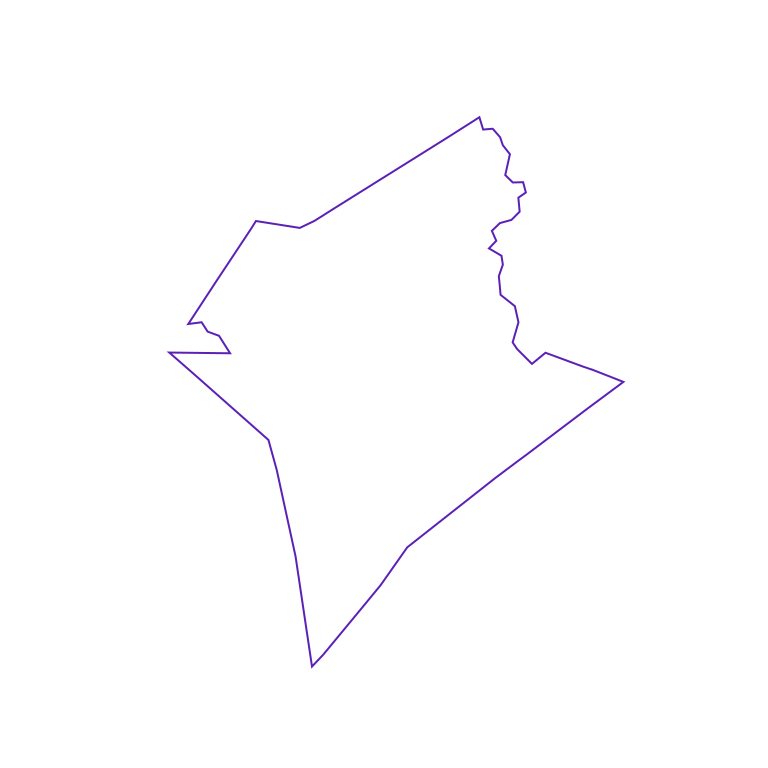 Jurema, Pernambuco, Brazil, rotated 214°
{"feature_id": "56859067B8163642250611", "entity_name": "Jurema", "entity_type": "district", "adm_level": 2, "iso_a3": "BRA", "parent_name": "Brazil", "parent_adm1": "Pernambuco", "projection": "robinson", "projection_center": [-36.144, -8.75], "detail": "fine", "context": "isolated", "style": "outline", "palette": "violet", "viewbox_px": 768, "rotation_deg": 214, "n_neighbors": 0, "source": "geoboundaries", "source_scale": "gbopen_adm2", "svg_char_len": 862}
<svg xmlns="http://www.w3.org/2000/svg" viewBox="0 0 768 768"><g transform="rotate(214 384 384)"><path d="M454.1,658.5L468.6,625.2L523.2,502.4L532.9,480.3L541.1,466.3L581.3,447.5L581.0,438.0L580.5,375.1L579.8,324.3L569.7,333.2L559.5,328.8L547.7,331.7L528.8,323.4L579.6,290.0L547.7,286.0L448.5,273.0L424.8,252.7L360.9,191.6L285.7,109.5L283.0,125.8L277.0,187.2L274.3,215.5L273.4,261.6L239.3,367.9L230.1,394.5L226.6,404.3L201.7,477.0L186.7,519.6L218.2,512.6L228.8,509.7L267.6,500.2L272.6,483.4L293.1,487.4L300.6,490.4L307.0,510.3L319.0,521.7L337.2,523.1L343.3,530.6L349.1,537.6L352.2,549.4L358.3,556.0L372.8,555.1L371.0,565.5L380.2,571.3L377.9,582.2L370.1,591.3L367.9,602.7L376.8,613.6L373.5,622.1L381.5,629.1L389.9,623.1L400.3,625.0L408.1,644.9L419.0,648.4L425.7,653.5L436.6,656.4L444.1,650.4L454.1,658.5Z" fill="none" stroke="#5b21b6" stroke-width="2"/></g></svg>